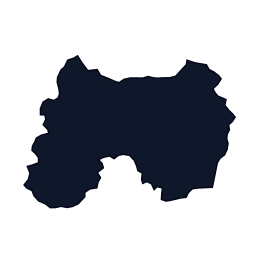 Tio Hugo, Rio Grande do Sul, Brazil, rotated 86°
{"feature_id": "56859067B27913775705239", "entity_name": "Tio Hugo", "entity_type": "district", "adm_level": 2, "iso_a3": "BRA", "parent_name": "Brazil", "parent_adm1": "Rio Grande do Sul", "projection": "albers", "projection_center": [-52.596, -28.583], "detail": "fine", "context": "isolated", "style": "filled", "palette": "ink", "viewbox_px": 256, "rotation_deg": 86, "n_neighbors": 0, "source": "geoboundaries", "source_scale": "gbopen_adm2", "svg_char_len": 1662}
<svg xmlns="http://www.w3.org/2000/svg" viewBox="0 0 256 256"><g transform="rotate(86 128 128)"><path d="M106.4,28.3L102.5,36.1L99.2,38.5L94.8,40.6L90.5,35.4L85.5,31.7L82.0,34.0L78.1,38.5L75.4,43.0L70.4,45.4L67.7,56.6L64.5,64.4L68.8,65.3L73.0,69.8L79.7,76.8L80.8,82.8L80.4,90.9L80.4,95.4L79.6,99.6L78.0,104.6L79.3,109.5L78.7,116.3L78.3,122.5L79.2,128.6L82.2,133.8L80.6,137.8L77.7,143.2L73.6,151.7L67.6,154.7L68.0,164.1L59.4,169.6L52.5,173.3L54.6,177.3L56.1,183.4L62.6,187.0L65.4,190.7L69.1,192.8L72.5,194.7L77.3,195.4L83.9,194.2L88.9,193.8L93.2,195.6L95.4,200.1L93.4,205.5L96.3,210.9L102.5,214.0L108.7,214.4L109.0,210.0L113.7,209.4L118.9,212.4L123.9,208.1L127.7,207.4L129.2,215.1L131.6,220.1L135.3,221.9L139.4,224.5L143.6,225.3L146.9,222.2L151.2,219.4L156.4,219.6L158.3,226.0L159.3,231.1L166.1,228.9L172.3,230.9L177.5,235.6L180.7,233.3L183.8,228.0L189.0,226.5L194.5,222.2L198.1,215.4L202.0,211.2L202.3,206.0L201.4,200.3L203.0,194.4L202.4,188.8L200.1,182.9L193.5,175.9L189.2,175.6L186.1,170.2L185.5,163.3L179.8,161.7L175.6,158.9L170.3,161.7L166.1,155.4L161.6,156.3L157.6,159.6L155.5,154.4L154.6,148.3L157.6,144.1L154.6,139.4L153.9,134.6L155.4,128.3L160.9,123.9L166.5,122.0L171.2,121.1L174.0,116.8L180.2,118.0L184.3,117.2L182.7,113.1L185.2,108.5L191.3,106.2L188.5,103.1L190.2,97.8L195.9,98.9L201.6,99.6L203.5,95.2L203.1,90.7L202.2,84.9L201.4,80.1L201.2,74.9L196.8,72.4L193.1,68.1L192.7,62.7L192.8,56.2L193.0,48.0L186.6,46.2L174.6,42.9L168.8,41.3L164.5,38.2L161.6,33.7L156.4,30.7L150.2,29.3L145.7,30.3L141.1,29.5L136.8,27.0L131.8,27.4L128.7,23.4L124.6,20.4L121.3,22.7L117.4,26.2L112.2,29.8L106.4,28.3Z" fill="#0f172a" stroke="#020617" stroke-width="1.5"/></g></svg>